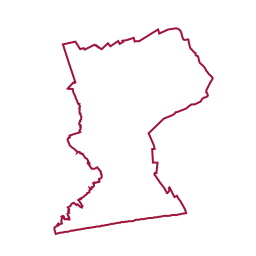 the district of Lerdo de Tejada, Veracruz, Mexico, rotated 168°
{"feature_id": "50627088B89333927260358", "entity_name": "Lerdo de Tejada", "entity_type": "district", "adm_level": 2, "iso_a3": "MEX", "parent_name": "Mexico", "parent_adm1": "Veracruz", "projection": "robinson", "projection_center": [-95.486, 18.659], "detail": "fine", "context": "isolated", "style": "outline", "palette": "rose", "viewbox_px": 256, "rotation_deg": 168, "n_neighbors": 0, "source": "geoboundaries", "source_scale": "gbopen_adm2", "svg_char_len": 5758}
<svg xmlns="http://www.w3.org/2000/svg" viewBox="0 0 256 256"><g transform="rotate(168 128 128)"><path d="M51.1,138.9L50.6,139.9L49.7,140.7L48.7,141.4L48.1,141.7L47.3,141.9L46.4,141.9L44.9,142.0L43.2,143.0L43.2,144.5L43.3,145.5L43.7,146.2L44.1,146.6L43.7,147.4L43.6,148.3L43.2,149.1L41.3,151.3L40.3,152.7L39.7,153.4L38.8,154.3L38.4,155.3L37.4,155.9L36.9,156.6L35.1,158.4L34.9,159.9L35.4,160.5L35.9,161.4L36.8,162.8L37.4,163.4L38.1,164.7L38.7,166.4L39.6,167.7L40.2,170.5L40.8,171.8L42.1,173.9L43.0,175.0L44.1,176.6L44.5,178.2L44.5,181.4L44.5,182.6L45.0,184.1L46.1,184.5L46.7,185.3L46.4,187.5L47.6,188.3L48.3,189.7L49.1,190.9L49.3,191.6L50.2,192.4L50.3,193.1L50.6,194.1L50.7,198.1L50.7,199.8L50.5,201.3L50.7,202.1L51.7,202.3L52.8,202.2L54.7,202.5L55.4,203.2L55.7,204.3L55.9,206.2L56.0,209.3L56.3,211.5L56.9,212.8L57.7,213.8L58.4,214.6L59.9,215.4L60.5,215.5L68.1,216.0L77.8,213.9L78.0,217.3L78.1,218.1L86.4,215.2L87.7,214.6L88.4,214.4L91.1,213.4L93.2,212.7L99.0,210.6L103.3,211.5L103.5,211.4L103.7,215.0L111.2,214.2L115.2,214.5L114.8,213.3L118.6,212.0L119.5,215.1L122.1,214.1L127.1,212.0L128.3,211.6L130.0,215.0L132.6,213.5L137.4,210.5L139.0,212.2L140.9,214.3L140.9,213.8L143.3,216.4L154.1,213.7L154.7,215.3L158.4,215.1L161.5,223.4L174.3,223.3L174.2,222.7L172.2,202.8L171.9,201.0L171.7,198.3L171.3,195.3L170.0,183.5L171.0,183.1L171.9,183.9L178.8,179.1L177.8,178.5L176.9,178.3L176.3,178.2L175.5,178.0L175.2,178.1L174.0,177.7L174.0,174.2L173.2,170.6L172.9,169.4L172.9,168.2L172.3,165.9L171.8,162.1L170.7,161.7L171.1,161.2L170.5,159.7L170.9,159.0L170.7,158.3L171.1,157.8L171.7,157.3L171.3,155.9L171.8,155.0L172.0,154.2L172.1,153.2L172.2,152.1L171.5,151.9L171.7,151.0L171.6,149.8L171.3,148.8L172.0,146.3L172.7,145.7L173.5,145.1L173.3,144.5L173.6,144.0L174.7,143.0L174.9,142.5L174.6,140.9L173.7,140.6L174.0,138.7L174.5,138.6L174.2,138.0L174.8,136.8L174.9,136.4L175.2,136.1L175.7,136.0L175.8,135.4L176.2,134.9L175.6,133.9L177.3,133.6L180.6,133.4L182.9,133.2L185.3,132.8L185.7,132.9L185.9,132.6L186.8,132.7L187.0,132.4L187.0,131.8L187.0,131.2L186.9,130.9L188.4,130.5L189.0,130.1L189.4,129.5L189.4,129.1L189.5,128.6L189.4,127.5L189.2,126.7L189.0,125.8L188.6,123.3L188.0,122.2L187.2,121.0L185.3,119.1L183.3,116.4L182.2,115.2L182.7,114.4L181.8,114.8L180.9,114.8L179.9,114.1L180.0,113.1L179.0,112.8L178.8,112.3L177.8,112.3L176.2,107.9L174.5,106.3L173.5,102.8L174.0,103.3L174.8,102.2L173.3,98.9L172.0,95.7L171.4,95.7L170.6,95.4L169.8,95.1L168.1,95.4L167.2,95.7L166.3,95.9L166.2,95.5L165.7,94.9L165.7,94.6L165.1,93.9L164.3,91.9L163.9,91.7L163.9,91.3L163.9,90.5L163.5,91.1L163.7,90.5L163.7,89.9L163.7,88.8L163.6,88.0L163.6,86.9L163.7,86.2L163.9,85.6L164.7,84.6L165.5,84.2L166.9,84.2L167.2,83.8L167.0,81.5L167.5,81.2L169.1,81.3L169.6,81.5L171.1,81.0L171.5,81.3L172.0,81.7L172.4,81.8L172.9,81.7L173.4,81.4L173.6,80.8L173.1,80.0L173.0,79.6L173.1,79.0L173.3,78.8L173.5,78.3L174.0,77.8L174.8,77.7L175.2,77.5L175.5,77.8L176.1,77.6L176.2,76.2L176.4,75.9L177.1,75.8L177.4,75.9L177.5,76.4L177.9,76.9L177.8,75.9L177.9,75.4L178.5,75.2L178.8,74.9L178.8,74.5L178.9,74.2L179.0,73.3L179.6,73.1L179.9,72.9L180.3,72.9L180.6,72.8L180.8,73.0L181.1,73.0L181.3,72.9L181.2,72.7L181.4,72.5L181.5,72.5L181.5,72.4L181.7,72.1L181.8,72.0L182.0,72.0L182.9,71.5L183.1,71.3L183.6,71.2L185.4,70.1L187.2,69.4L188.3,68.7L188.7,68.3L189.0,69.0L191.6,67.9L191.3,67.4L190.7,66.2L190.3,65.1L190.0,64.6L189.2,62.1L188.7,61.1L188.9,60.7L189.2,60.5L189.7,60.6L189.9,60.0L190.2,60.3L190.9,60.5L191.0,60.6L191.2,61.0L191.6,61.4L192.2,62.2L192.8,63.4L193.2,63.6L193.5,63.9L194.5,63.4L194.9,64.2L195.4,64.5L196.0,65.1L196.4,66.0L197.4,66.1L198.3,65.7L199.0,65.4L199.5,65.1L200.5,63.7L203.4,62.9L203.0,61.9L202.7,61.3L202.5,60.3L203.2,60.1L203.0,59.1L203.8,58.9L203.3,57.2L204.2,57.1L205.1,56.6L204.9,54.8L204.6,53.7L204.2,53.6L204.4,52.8L204.3,52.0L204.2,51.1L204.2,50.7L204.6,50.6L204.9,50.7L205.1,51.1L205.3,51.2L205.9,51.2L206.1,51.7L206.4,51.9L207.7,51.6L208.0,51.8L208.6,51.8L208.9,52.0L209.3,52.4L209.5,53.0L209.6,53.5L209.1,53.4L209.2,54.9L210.1,55.6L210.4,55.4L210.7,55.4L210.8,55.2L211.5,55.1L210.9,53.7L212.0,52.5L212.3,52.0L212.3,51.3L212.7,50.5L212.4,49.7L212.5,48.3L213.7,48.3L215.1,47.9L215.8,47.5L216.0,48.9L217.3,48.0L217.4,47.1L218.1,46.8L220.3,46.2L220.8,45.5L221.0,43.9L221.1,42.8L220.7,39.4L220.4,39.4L219.5,39.6L218.3,39.5L216.5,39.7L213.8,39.4L211.3,39.5L210.0,39.3L208.4,39.0L206.5,39.2L204.3,39.4L202.6,38.9L200.6,39.2L199.6,39.0L197.8,39.0L196.7,38.8L194.8,38.7L194.0,38.9L192.9,38.7L192.1,38.7L191.4,38.5L190.5,38.7L188.6,38.7L186.9,38.3L186.4,38.5L185.2,38.3L183.0,38.2L182.6,38.1L182.2,38.2L181.5,38.2L180.7,38.0L179.5,38.2L178.0,38.0L176.5,37.6L176.0,37.6L175.6,37.8L174.9,37.7L173.6,38.0L172.8,37.6L172.0,37.5L171.0,37.7L168.1,37.5L166.5,37.5L165.8,37.6L164.8,37.5L164.0,37.7L162.5,37.3L159.6,37.4L157.4,37.3L155.2,37.0L154.3,37.3L153.3,37.3L152.1,36.9L151.2,36.8L150.5,37.0L148.5,36.5L146.6,36.7L143.0,35.9L141.6,36.0L140.1,36.5L138.8,36.6L136.5,35.9L135.6,36.2L134.3,36.2L132.2,35.7L130.8,35.6L129.6,35.8L128.3,35.5L127.6,35.7L122.2,34.9L120.6,35.1L118.7,34.7L116.8,34.8L114.7,34.5L111.6,34.6L109.8,34.4L108.4,33.9L107.0,33.8L105.4,33.4L103.5,33.7L101.0,33.4L98.9,32.7L96.8,33.0L94.9,32.8L92.9,32.9L89.4,32.7L88.9,32.6L88.9,34.3L89.2,36.5L89.6,38.1L90.3,40.4L90.8,42.0L92.1,46.0L93.1,47.8L93.9,50.1L94.3,51.5L96.9,50.8L99.7,61.2L100.5,60.8L100.7,60.1L100.3,59.6L99.7,59.2L100.6,58.2L101.6,57.2L103.0,56.1L103.7,56.5L103.8,57.8L104.4,59.6L104.8,61.3L108.1,68.1L111.2,75.8L111.9,77.1L111.5,77.8L111.0,78.5L109.6,78.0L106.3,87.9L109.3,88.7L110.8,89.0L108.7,102.4L106.3,102.0L106.3,105.6L108.9,118.5L91.1,129.7L81.5,131.4L79.2,132.5L78.2,133.5L76.5,133.4L67.4,134.9L65.4,135.8L63.8,136.7L61.2,137.8L58.6,137.5L57.9,137.2L51.1,138.9Z" fill="none" stroke="#9f1239" stroke-width="2"/></g></svg>